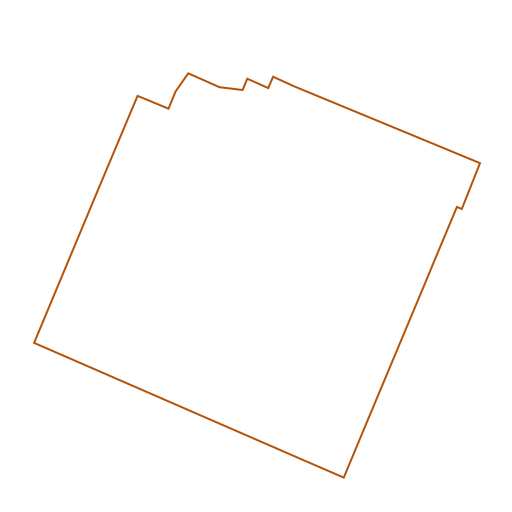 the district of Montgomery, Arkansas, United States of America, rotated 22°
{"feature_id": "52423323B83046273754506", "entity_name": "Montgomery", "entity_type": "district", "adm_level": 2, "iso_a3": "USA", "parent_name": "United States of America", "parent_adm1": "Arkansas", "projection": "equal_earth", "projection_center": [-93.652, 34.543], "detail": "fine", "context": "isolated", "style": "outline", "palette": "amber", "viewbox_px": 512, "rotation_deg": 22, "n_neighbors": 0, "source": "geoboundaries", "source_scale": "gbopen_adm2", "svg_char_len": 408}
<svg xmlns="http://www.w3.org/2000/svg" viewBox="0 0 512 512"><g transform="rotate(22 256 256)"><path d="M428.9,86.0L227.0,84.4L204.7,83.4L204.4,95.7L181.5,94.9L181.4,107.1L158.8,113.2L124.8,112.0L119.8,133.5L119.7,152.2L86.2,151.9L84.8,249.2L82.8,419.7L375.2,427.5L420.4,428.6L420.9,379.9L423.1,205.8L423.1,198.7L423.9,135.3L429.2,135.3L428.9,86.0Z" fill="none" stroke="#b45309" stroke-width="2"/></g></svg>